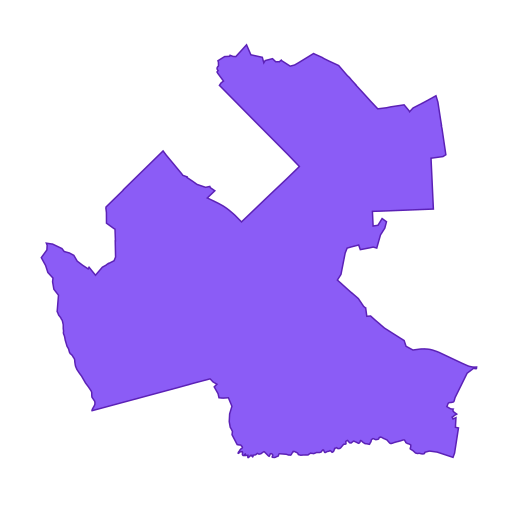 Lubes pag., Talsi, Latvia, rotated 267°
{"feature_id": "27541924B36241306566640", "entity_name": "Lubes pag.", "entity_type": "district", "adm_level": 2, "iso_a3": "LVA", "parent_name": "Latvia", "parent_adm1": "Talsi", "projection": "mercator", "projection_center": [22.601, 57.453], "detail": "fine", "context": "isolated", "style": "filled", "palette": "violet", "viewbox_px": 512, "rotation_deg": 267, "n_neighbors": 0, "source": "geoboundaries", "source_scale": "gbopen_adm2", "svg_char_len": 5803}
<svg xmlns="http://www.w3.org/2000/svg" viewBox="0 0 512 512"><g transform="rotate(267 256 256)"><path d="M467.4,257.6L456.2,246.3L456.5,243.5L457.8,240.6L456.8,240.1L456.8,235.1L453.0,228.2L451.5,228.6L448.1,228.5L447.5,228.3L447.1,227.7L446.2,227.1L445.2,226.9L444.3,227.1L443.1,227.9L441.8,226.7L440.4,227.4L432.4,232.7L430.6,230.1L428.3,228.4L389.5,262.9L355.4,293.4L343.1,304.0L331.1,290.3L317.6,274.4L290.8,243.3L297.8,237.1L299.5,235.4L303.1,231.6L305.3,229.0L307.7,225.8L310.5,221.3L316.5,210.4L323.3,218.3L326.6,214.0L327.9,213.5L327.2,209.3L330.6,200.8L333.9,196.7L338.0,191.2L338.6,191.4L340.4,187.1L342.0,186.1L361.6,171.5L365.8,168.7L329.0,126.9L328.7,126.9L312.8,108.8L311.5,108.6L307.2,108.9L296.6,108.4L290.8,115.6L290.2,116.6L278.5,116.4L278.5,116.2L275.4,116.1L262.3,115.7L258.7,114.0L256.1,108.2L256.3,108.1L255.0,106.1L254.8,106.0L252.9,102.0L245.2,94.7L253.5,88.7L251.9,87.7L255.8,82.4L260.2,77.2L266.2,74.1L268.8,69.8L270.5,64.7L273.6,62.6L278.6,53.4L278.7,52.6L279.8,47.3L277.7,48.0L273.0,47.5L265.6,41.5L257.5,45.4L250.4,47.3L244.6,52.1L240.9,51.5L233.4,52.4L227.2,56.7L210.8,54.5L210.2,54.9L207.4,55.8L204.7,57.7L203.4,58.2L201.9,59.1L201.0,59.3L197.5,59.9L193.6,59.7L191.1,59.9L189.3,59.6L188.1,59.8L186.5,60.4L185.0,60.7L181.9,61.1L175.6,62.6L174.2,63.4L172.8,64.0L169.6,64.7L168.2,65.4L167.1,66.7L165.8,67.6L164.4,68.3L163.0,69.2L161.5,69.5L159.9,69.5L156.7,69.8L155.1,70.1L152.1,71.2L147.9,73.7L145.2,75.5L138.1,79.1L134.1,81.8L129.9,84.3L128.4,84.8L125.2,84.7L123.6,84.8L119.4,87.3L117.8,87.5L116.2,87.3L114.8,86.6L112.0,84.8L110.5,84.1L110.1,84.2L129.1,173.0L132.4,187.8L135.7,203.6L135.2,204.2L132.5,206.5L130.0,210.3L127.5,207.4L120.5,210.9L116.4,211.6L116.0,214.0L115.8,215.9L115.9,221.0L107.2,224.1L99.7,221.4L92.0,220.6L86.3,221.3L84.8,222.1L82.0,223.3L78.8,222.7L68.7,227.3L68.4,228.2L68.4,228.6L68.2,229.0L68.1,230.6L67.6,231.3L67.0,231.5L66.5,232.2L65.5,232.4L64.8,232.0L64.3,231.0L62.9,229.6L62.4,229.4L61.0,228.2L60.1,227.8L59.9,228.0L59.9,228.4L61.1,229.4L61.3,231.3L61.4,231.8L61.3,232.0L60.7,232.3L58.4,232.0L57.6,232.5L57.4,232.8L57.4,233.6L58.3,234.2L58.7,234.7L58.8,235.0L58.5,235.1L58.2,234.8L57.3,234.8L57.4,237.5L56.1,237.3L55.2,237.4L55.1,237.8L55.3,238.1L57.3,240.5L57.3,240.8L56.7,241.1L55.6,242.2L55.9,242.5L57.2,242.5L57.4,244.6L57.5,245.2L58.0,245.9L58.8,246.9L58.7,247.3L58.0,248.5L58.0,249.0L58.3,250.6L60.2,253.5L60.1,254.0L59.8,254.3L55.9,257.8L55.3,258.6L55.5,258.9L57.8,260.0L57.9,260.7L57.5,261.6L56.3,262.4L54.9,261.7L54.2,261.7L54.1,261.9L53.8,263.9L54.0,264.9L54.5,266.0L54.9,267.3L55.0,267.6L55.3,267.9L56.4,268.2L57.1,268.6L57.3,269.1L56.4,276.0L56.0,276.9L55.5,278.2L55.5,279.1L55.3,280.0L55.4,280.3L55.9,280.9L57.1,281.5L58.1,282.6L58.8,282.7L58.9,282.8L58.9,283.5L58.6,284.6L58.0,285.5L57.8,286.1L57.4,286.6L57.2,287.0L56.8,287.4L55.5,287.9L55.4,288.1L54.7,290.3L54.8,292.6L54.6,297.6L55.3,298.5L56.3,300.3L56.0,301.1L55.8,302.6L55.6,303.2L56.3,305.4L56.6,306.1L56.4,309.2L56.9,310.9L58.4,312.0L58.9,312.7L58.8,313.1L58.7,313.3L57.1,313.9L56.3,314.3L56.1,314.7L56.2,315.2L57.0,316.8L57.2,318.6L57.8,319.7L57.5,320.3L56.0,321.7L56.1,322.2L56.8,323.2L59.3,324.5L59.7,324.4L59.9,324.7L60.1,326.0L60.4,326.3L60.4,326.5L59.3,327.8L59.4,329.5L59.9,330.4L63.3,333.6L63.4,333.9L63.4,335.2L63.5,335.6L63.7,336.0L64.1,336.1L65.9,335.9L66.4,336.3L67.1,337.6L67.0,337.9L66.0,338.5L64.5,339.8L64.3,341.2L66.0,343.6L66.0,344.1L64.2,347.5L63.6,348.4L63.8,349.2L64.0,349.5L64.7,350.1L65.8,350.4L66.2,350.7L66.3,351.0L65.5,352.0L64.2,353.2L62.9,355.1L62.7,356.7L62.0,359.4L62.6,359.9L63.5,360.3L64.5,361.1L66.4,361.6L67.4,362.9L67.5,363.2L67.4,363.8L66.6,365.3L66.3,366.0L66.5,367.8L66.7,368.6L66.9,368.9L68.3,369.6L68.4,369.8L68.4,370.5L68.7,371.0L68.2,372.2L67.0,374.0L66.9,374.4L65.5,377.1L62.2,379.7L61.7,380.6L61.7,380.8L61.6,381.1L61.7,381.4L61.9,382.0L61.9,382.4L62.5,384.3L62.6,384.5L62.6,385.0L62.9,385.7L62.9,386.2L63.2,387.2L63.2,387.7L63.5,389.1L63.7,389.4L63.7,390.2L64.5,393.0L64.6,393.6L64.6,394.3L64.2,394.9L63.6,395.0L62.6,395.7L61.9,395.8L61.4,396.5L60.7,397.6L60.7,397.9L60.0,399.5L59.4,400.4L59.1,400.7L57.1,400.5L55.9,399.9L55.2,400.0L53.3,402.7L50.9,405.0L50.5,406.3L50.3,406.9L50.4,408.2L50.4,408.9L49.8,410.8L49.6,412.1L49.7,413.4L50.1,414.0L50.8,414.1L51.2,414.6L51.9,417.8L52.1,419.2L50.7,426.6L44.6,442.2L48.8,444.0L73.7,449.2L74.5,446.2L84.1,447.2L82.9,444.2L84.8,443.4L85.5,444.7L86.5,445.9L87.4,447.9L87.6,448.2L89.6,445.7L90.7,444.7L92.3,444.6L92.8,444.9L93.1,442.8L93.4,442.0L95.6,438.7L98.8,440.2L99.1,440.6L99.3,440.9L99.5,441.7L99.5,443.3L99.8,445.1L100.0,445.6L100.4,446.0L101.0,446.3L104.2,447.4L127.9,460.7L132.4,467.3L131.9,469.7L131.9,470.0L132.2,470.3L133.6,470.5L133.6,468.3L133.8,466.6L134.6,463.4L135.2,461.9L138.3,455.8L150.2,433.7L151.2,431.5L152.8,427.5L153.6,424.9L154.0,422.7L154.4,419.4L154.5,417.1L154.5,415.3L153.9,407.8L158.0,401.1L163.8,399.5L177.3,380.5L185.9,371.5L190.1,367.3L190.0,363.5L198.4,362.8L198.4,362.6L200.1,360.8L208.1,356.0L214.3,349.6L214.2,349.5L227.7,336.0L233.2,339.9L254.3,345.2L259.1,347.4L260.0,351.2L261.6,359.1L256.9,360.5L258.2,370.0L258.8,373.5L257.6,377.0L270.5,381.4L277.1,386.1L283.4,388.1L286.8,383.9L280.3,379.4L279.8,374.5L294.5,374.6L294.3,382.4L293.6,435.6L344.5,435.9L345.5,447.9L347.2,450.9L373.6,448.4L376.4,447.9L376.5,448.1L383.2,447.4L400.1,445.7L406.6,444.1L400.9,432.3L395.6,420.6L392.0,416.9L392.8,416.6L399.2,411.8L397.9,398.4L397.2,394.1L396.6,385.3L404.4,378.7L413.0,371.7L421.5,364.6L421.6,364.8L426.8,360.5L429.4,358.6L431.4,356.6L441.9,348.5L446.8,339.2L449.6,334.2L450.8,332.5L454.7,324.9L455.2,324.1L446.9,308.8L444.7,304.5L443.8,300.1L449.6,292.0L449.6,291.9L450.3,291.5L448.7,289.4L448.8,289.3L448.9,285.9L452.2,282.8L450.7,275.4L448.5,273.9L454.1,272.7L457.2,261.4L467.4,257.6Z" fill="#8b5cf6" stroke="#5b21b6" stroke-width="1.5"/></g></svg>